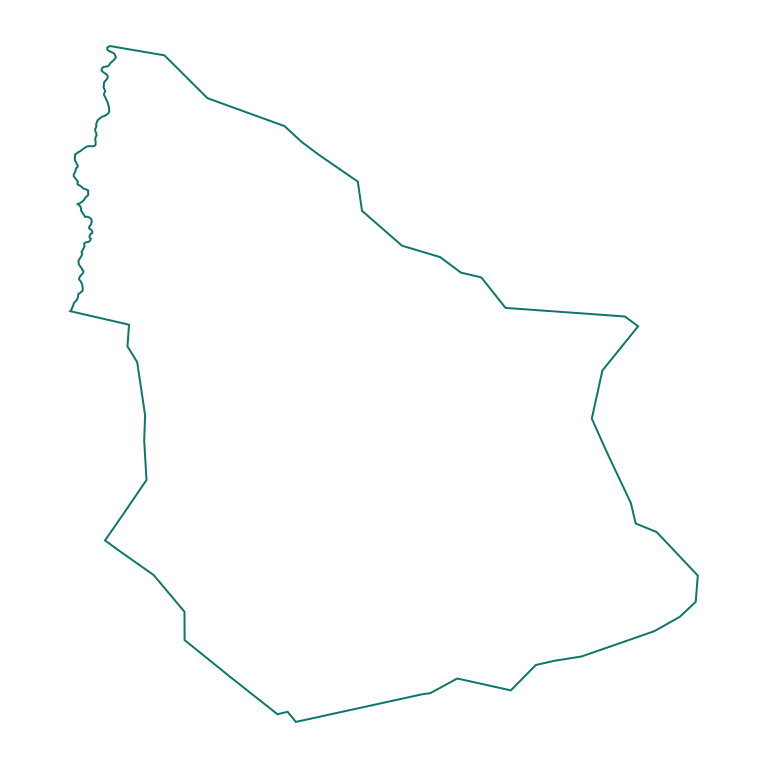 Duut, Hovd, Mongolia (Robinson projection)
{"feature_id": "93677404B66868147978654", "entity_name": "Duut", "entity_type": "district", "adm_level": 2, "iso_a3": "MNG", "parent_name": "Mongolia", "parent_adm1": "Hovd", "projection": "robinson", "projection_center": [91.265, 47.542], "detail": "fine", "context": "isolated", "style": "outline", "palette": "teal", "viewbox_px": 768, "rotation_deg": 0, "n_neighbors": 0, "source": "geoboundaries", "source_scale": "gbopen_adm2", "svg_char_len": 2704}
<svg xmlns="http://www.w3.org/2000/svg" viewBox="0 0 768 768"><path d="M295.9,721.9L422.0,694.3L430.2,693.2L457.2,678.5L510.8,690.4L535.8,665.0L554.3,660.8L581.4,656.5L639.3,636.4L654.2,631.2L679.7,616.9L695.7,601.8L697.8,575.6L656.7,532.1L635.7,523.5L630.9,503.1L606.4,451.3L591.8,418.6L602.4,370.5L638.1,326.3L624.9,316.5L505.5,307.9L481.3,277.4L460.9,272.6L440.1,257.1L402.0,245.7L362.0,210.8L357.8,181.6L319.1,155.0L301.5,141.8L284.5,126.1L207.5,98.2L164.4,55.3L130.7,49.6L110.4,46.1L108.9,46.5L108.1,47.0L107.6,47.4L107.2,48.0L107.3,49.5L108.4,50.6L110.1,51.6L111.4,52.1L112.8,52.6L114.5,53.9L115.5,56.1L115.9,57.3L114.9,58.6L113.7,60.2L112.5,61.2L111.5,62.2L110.4,63.0L109.6,64.3L108.7,65.6L107.6,66.4L105.2,66.6L103.4,67.0L102.6,67.7L101.9,68.8L101.6,70.1L102.0,71.2L104.5,73.1L106.7,74.5L107.7,76.2L107.6,77.9L106.5,79.6L105.1,81.1L104.1,82.3L104.0,84.1L103.8,85.9L103.6,87.5L104.8,90.1L105.2,91.4L104.3,93.1L103.9,94.5L104.5,95.8L105.5,97.7L106.2,99.3L107.1,101.2L107.7,102.8L108.1,104.4L108.8,106.3L109.0,108.1L109.3,111.4L108.1,113.6L104.9,115.8L101.8,116.8L100.6,117.8L97.6,120.3L96.7,122.6L96.2,124.1L96.4,125.7L96.0,127.4L95.1,129.3L95.2,130.6L96.3,133.5L96.6,135.4L95.8,136.7L95.2,138.8L95.7,142.1L95.5,144.8L94.3,146.1L92.7,146.3L91.1,146.2L89.4,146.1L88.4,146.2L86.7,146.6L84.6,148.0L83.1,148.9L81.9,150.0L80.4,151.1L78.2,152.3L77.1,153.2L75.3,154.1L75.0,155.1L75.0,157.4L74.8,159.0L74.9,160.3L75.7,161.6L76.1,162.4L76.6,163.5L77.7,165.6L77.7,166.5L77.2,167.3L76.4,167.8L75.8,169.4L75.0,172.3L74.0,173.8L73.7,174.9L73.8,176.3L75.6,178.7L77.7,181.3L77.9,182.4L77.4,183.3L77.4,184.0L78.2,184.8L79.6,185.4L81.9,187.1L83.1,188.4L85.9,189.4L87.8,190.1L88.3,190.9L88.1,191.5L88.0,192.6L88.4,194.2L87.8,195.5L86.1,197.0L85.2,197.8L84.3,199.6L82.9,201.1L80.1,203.1L77.7,204.1L78.5,204.8L80.2,206.1L81.1,208.7L81.1,210.6L85.0,216.8L87.5,216.8L89.0,217.3L91.1,218.8L91.8,221.5L91.1,224.2L89.9,226.0L89.1,227.0L89.2,228.4L91.5,230.1L92.4,231.5L92.1,233.2L90.6,233.9L89.5,236.0L89.7,237.7L90.8,238.8L89.9,241.0L88.3,241.9L85.2,242.6L84.2,243.5L84.5,246.5L82.5,250.3L81.5,252.0L82.3,253.6L81.7,255.4L80.1,258.1L78.6,260.1L78.5,261.7L78.7,262.8L78.6,263.8L79.1,264.7L79.7,265.7L80.4,266.6L81.3,267.8L81.9,268.7L82.1,269.6L83.4,270.9L83.2,272.9L80.8,275.5L79.2,277.8L79.1,279.4L80.5,281.1L82.1,284.1L82.6,287.1L82.7,288.9L82.6,290.8L80.3,292.8L78.5,293.9L77.7,298.0L76.5,300.4L74.8,302.0L73.8,303.4L73.1,305.7L72.3,307.4L71.6,309.5L70.2,311.2L129.0,324.7L127.5,346.4L137.2,362.2L145.1,415.3L144.2,440.4L146.5,480.0L124.3,512.6L122.8,514.8L105.0,540.4L120.2,551.5L153.7,575.1L184.5,611.8L184.6,640.1L229.8,676.6L277.4,714.2L287.6,711.8L295.9,721.9Z" fill="none" stroke="#0f766e" stroke-width="2"/></svg>